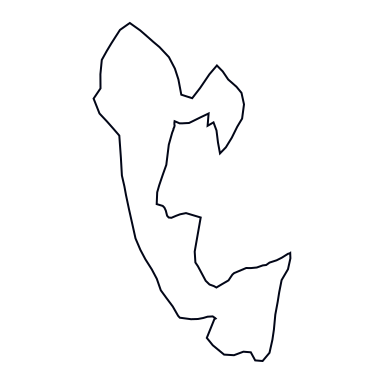 Ika South, Delta, Nigeria (Equal Earth projection)
{"feature_id": "59680162B51019344443676", "entity_name": "Ika South", "entity_type": "district", "adm_level": 2, "iso_a3": "NGA", "parent_name": "Nigeria", "parent_adm1": "Delta", "projection": "equal_earth", "projection_center": [6.215, 6.183], "detail": "fine", "context": "isolated", "style": "outline", "palette": "ink", "viewbox_px": 384, "rotation_deg": 0, "n_neighbors": 0, "source": "geoboundaries", "source_scale": "gbopen_adm2", "svg_char_len": 1813}
<svg xmlns="http://www.w3.org/2000/svg" viewBox="0 0 384 384"><path d="M224.1,354.6L234.0,355.2L243.4,351.7L250.8,352.3L255.2,360.4L262.6,361.0L269.5,352.8L272.4,339.8L273.9,329.7L275.3,314.7L277.7,301.8L279.2,292.3L281.6,280.1L288.0,269.2L290.4,258.3L290.2,253.0L289.6,253.4L288.0,253.8L281.8,257.7L276.6,260.3L269.5,262.6L266.2,265.0L262.8,265.4L256.8,267.5L250.7,268.1L246.2,268.0L234.1,273.1L232.4,274.6L230.9,276.8L228.5,280.4L222.3,284.0L216.4,287.5L213.9,286.1L209.5,284.5L205.7,280.8L197.9,266.2L195.4,262.5L194.7,251.6L195.8,245.3L200.7,217.5L186.0,213.1L180.1,214.3L176.1,215.8L171.4,217.8L168.7,217.5L167.1,215.7L165.8,210.6L164.4,207.6L162.7,205.9L156.7,204.1L157.2,192.3L159.2,185.3L162.9,174.4L166.3,164.9L168.8,144.7L172.2,132.6L173.4,129.6L173.5,128.6L174.1,127.5L174.6,125.7L174.4,124.4L174.4,122.6L174.6,121.2L177.0,122.2L179.5,123.3L182.9,123.3L186.5,123.1L189.0,123.0L192.3,121.4L200.4,117.4L208.6,113.5L207.6,125.8L213.5,122.4L216.5,130.5L218.0,142.6L220.0,153.4L225.9,147.3L231.8,137.7L237.2,126.8L239.1,123.6L242.1,118.6L244.0,104.4L241.5,92.9L236.6,86.9L228.2,79.5L222.7,71.4L216.9,65.5L209.4,74.3L200.1,88.0L192.2,98.2L181.3,94.7L178.4,79.4L174.9,68.6L168.9,57.1L168.6,56.8L159.5,47.1L153.1,41.7L147.1,36.4L140.2,30.4L129.8,23.0L126.8,25.1L123.4,27.5L120.0,29.9L115.6,36.7L111.2,43.6L106.7,51.1L101.8,59.9L100.4,74.2L100.5,88.4L93.6,98.6L99.5,113.5L107.0,121.5L113.1,128.4L119.3,135.6L120.9,157.9L121.4,166.7L121.9,175.5L124.4,186.4L126.0,195.1L129.0,209.3L132.5,224.9L135.5,238.4L140.4,249.9L145.4,259.3L151.8,269.4L156.8,278.8L160.8,290.3L166.2,297.7L172.7,306.4L178.1,315.8L179.8,317.7L185.0,318.4L191.0,319.2L197.9,319.0L203.2,318.0L207.6,316.7L212.7,316.4L215.2,318.1L215.6,318.5L214.4,319.1L206.8,337.9L212.8,345.3L224.1,354.6Z" fill="none" stroke="#020617" stroke-width="2"/></svg>